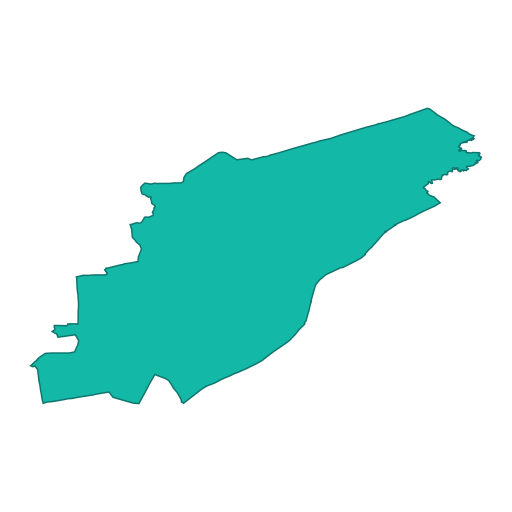 Ilzeskalna pag., Rezeknes, Latvia (Equal Earth projection)
{"feature_id": "27541924B19627708987282", "entity_name": "Ilzeskalna pag.", "entity_type": "district", "adm_level": 2, "iso_a3": "LVA", "parent_name": "Latvia", "parent_adm1": "Rezeknes", "projection": "equal_earth", "projection_center": [27.405, 56.647], "detail": "fine", "context": "isolated", "style": "filled", "palette": "teal", "viewbox_px": 512, "rotation_deg": 0, "n_neighbors": 0, "source": "geoboundaries", "source_scale": "gbopen_adm2", "svg_char_len": 5992}
<svg xmlns="http://www.w3.org/2000/svg" viewBox="0 0 512 512"><path d="M440.2,202.8L434.0,197.0L429.8,195.4L428.4,194.5L428.0,193.6L426.8,193.2L426.8,192.7L427.4,192.3L428.0,191.6L427.7,191.3L426.5,190.6L425.8,189.9L425.7,189.5L424.6,188.5L423.5,187.9L423.5,187.6L423.8,187.0L426.4,185.0L428.4,183.6L428.5,183.3L428.2,182.1L428.6,181.6L429.0,181.6L431.0,183.3L431.7,183.5L432.2,183.3L432.4,182.9L432.3,182.3L431.6,180.6L431.6,180.0L431.9,179.8L434.5,180.0L438.3,178.9L439.9,179.6L441.1,179.3L441.4,179.1L441.7,177.7L441.7,176.3L442.0,175.9L442.9,175.7L443.1,174.8L445.0,174.5L446.4,174.8L447.2,174.7L447.6,174.5L447.5,172.4L447.7,172.2L449.7,171.2L450.2,171.1L451.3,171.2L451.9,171.7L452.4,171.6L452.5,171.4L452.3,168.7L452.5,168.2L452.8,167.9L453.7,167.7L454.0,167.8L454.5,168.4L454.4,168.8L454.0,169.2L454.5,169.4L455.4,169.0L456.5,169.0L456.5,168.9L456.1,168.7L455.5,168.5L455.4,168.3L455.5,168.1L456.7,167.8L457.9,168.1L458.0,168.5L457.8,169.5L458.1,170.6L458.6,171.0L459.6,171.0L459.7,171.4L460.0,171.6L460.6,171.5L460.8,171.2L461.5,170.9L461.7,170.6L460.8,170.3L461.6,169.9L462.1,170.2L462.8,170.0L463.4,170.1L463.6,170.2L463.6,170.7L464.0,170.5L464.2,169.9L464.5,169.9L464.8,170.3L466.2,170.6L468.4,168.9L466.6,167.3L466.4,166.8L466.7,166.5L467.6,166.2L469.4,166.3L472.6,165.6L474.7,164.5L475.0,163.7L476.0,163.6L476.1,163.2L475.5,162.6L475.7,162.4L476.3,162.3L477.2,162.9L477.6,162.8L477.8,162.7L477.7,162.1L476.7,161.1L476.5,160.6L477.0,160.2L477.5,160.3L478.3,160.8L478.9,160.7L480.7,159.3L480.8,158.3L481.3,157.2L480.9,156.8L479.9,156.6L479.7,155.9L478.7,155.9L478.5,155.5L478.6,154.8L479.5,154.2L479.9,153.7L479.7,153.0L479.2,152.7L472.6,152.5L471.0,153.2L469.8,152.7L468.9,152.9L468.2,152.5L467.0,152.8L466.1,152.3L466.0,152.1L466.3,151.2L466.2,150.8L465.8,150.6L461.4,150.5L459.7,151.1L458.7,150.6L458.9,150.3L459.5,150.2L460.2,149.7L460.4,149.4L461.3,149.2L461.2,148.9L461.5,148.7L461.5,148.4L461.1,148.1L459.8,147.9L459.6,147.3L458.6,146.8L458.6,146.4L459.8,145.7L460.0,145.0L460.3,144.6L459.9,144.1L460.1,143.9L461.9,143.0L463.0,142.7L462.9,142.4L463.5,142.0L464.0,142.4L464.3,142.5L465.0,142.3L464.8,142.0L465.3,141.9L465.6,142.4L466.4,142.4L466.8,142.2L467.1,142.0L467.1,141.6L466.9,141.4L466.4,141.4L466.5,141.0L469.0,140.1L469.6,140.3L470.1,139.8L470.4,139.0L470.7,139.0L471.1,139.4L471.2,139.9L471.0,140.2L471.2,140.4L471.6,140.3L472.2,139.4L472.9,139.6L473.2,139.5L472.5,138.8L473.7,138.5L472.9,137.9L473.1,137.8L473.5,136.4L474.0,135.9L469.7,134.2L467.0,132.2L461.5,129.7L458.5,128.0L452.9,125.6L448.4,121.9L444.2,118.7L437.1,114.8L436.1,113.8L429.9,109.1L429.2,108.8L427.1,108.4L411.2,114.0L405.0,116.4L384.7,122.3L383.1,122.6L381.1,123.3L378.9,123.8L378.8,123.6L375.5,124.9L366.0,127.3L340.9,134.9L330.2,138.6L324.2,139.9L321.4,140.7L320.7,140.6L314.9,142.6L314.0,142.6L293.8,148.3L279.3,152.7L271.9,154.7L270.0,155.1L268.9,155.9L266.5,156.5L263.2,156.8L251.5,159.9L247.8,158.3L236.8,159.8L226.0,152.9L222.2,152.2L218.5,152.7L204.7,162.0L198.0,166.3L195.0,168.6L188.4,172.5L187.1,173.1L186.2,173.9L184.0,177.4L183.4,181.5L182.7,182.1L181.0,182.9L172.6,183.0L170.0,183.4L156.0,183.5L154.4,183.2L151.2,184.1L145.0,183.1L142.9,184.8L141.0,186.9L140.8,187.9L140.8,189.3L141.3,190.7L141.1,190.7L141.9,193.6L143.3,194.5L144.8,194.5L145.3,194.8L146.4,196.1L147.6,196.3L148.4,197.2L148.7,197.3L150.4,196.7L151.1,197.1L151.2,197.3L151.0,197.8L150.6,198.1L150.6,198.7L151.7,201.3L151.5,202.8L151.7,203.2L153.7,204.9L154.8,205.4L155.2,206.1L154.7,206.9L154.8,207.1L154.7,207.3L153.9,208.0L154.1,209.7L153.9,210.3L153.7,210.8L152.8,211.3L152.5,212.2L152.5,212.8L153.3,213.7L153.4,214.1L153.3,214.9L152.9,215.4L149.7,216.9L148.0,217.2L145.7,217.0L144.8,217.2L144.3,217.8L143.4,219.6L141.9,221.8L140.9,222.8L140.4,223.0L139.3,223.2L137.1,222.7L136.4,222.7L133.1,223.9L131.7,224.2L131.1,224.8L130.2,224.6L131.7,229.6L132.3,237.3L135.2,240.3L136.3,242.0L139.9,245.1L141.4,248.7L141.0,250.5L138.5,256.6L138.3,257.8L138.1,260.8L137.9,261.6L127.8,263.4L125.1,263.6L122.3,264.7L120.4,264.9L107.3,268.2L106.4,268.0L106.0,268.2L105.6,269.1L105.0,269.6L104.7,269.8L104.9,270.1L105.7,271.1L105.7,271.5L106.4,271.8L106.6,272.5L107.2,272.8L107.1,273.0L107.2,273.3L106.8,273.5L106.7,274.1L106.8,274.3L106.0,274.9L91.8,275.0L88.8,275.4L83.3,275.3L76.4,276.9L76.9,280.4L76.8,280.8L77.2,289.4L78.1,295.7L78.0,296.2L78.5,302.3L78.5,307.8L78.2,310.4L78.1,323.9L68.6,323.9L67.7,324.1L67.6,325.2L66.3,325.8L63.0,325.6L54.3,325.5L54.3,327.3L54.9,328.9L54.7,329.5L53.9,330.5L52.6,331.1L52.1,331.5L55.3,333.4L56.3,333.6L57.5,335.2L57.3,335.5L58.0,337.2L75.2,334.8L76.4,336.6L78.7,340.7L77.6,345.5L75.6,349.5L74.8,351.9L69.2,353.0L51.6,353.0L45.3,353.4L41.2,356.1L38.8,357.9L37.1,359.6L37.4,359.9L34.8,361.8L30.7,365.8L32.8,366.7L34.9,366.0L37.8,369.7L37.9,372.4L38.4,375.6L38.5,375.9L38.5,377.6L39.0,379.5L38.8,379.5L39.2,382.2L39.9,385.0L40.6,390.5L41.3,393.7L41.9,398.3L43.2,403.3L47.2,402.0L51.8,401.6L58.4,400.6L68.3,398.7L72.6,398.4L77.7,397.3L93.9,394.8L94.8,394.4L109.0,392.0L113.0,397.3L133.1,403.1L138.9,403.6L147.9,387.0L148.7,385.2L154.8,374.5L165.8,378.7L167.7,379.8L168.9,380.8L171.3,384.4L173.8,388.6L175.7,390.7L177.2,392.5L178.2,394.2L180.8,398.9L181.3,400.4L181.5,402.1L183.6,403.2L202.0,388.9L206.6,386.1L214.9,382.9L220.9,379.7L225.6,377.5L229.5,376.0L234.6,373.5L237.1,372.7L247.7,368.0L247.5,367.9L251.7,366.0L258.3,362.7L262.4,360.3L267.7,356.0L274.3,351.1L286.7,342.6L290.0,340.0L293.3,336.4L295.3,334.5L298.9,329.8L304.7,324.1L304.5,322.7L306.0,321.0L307.9,313.8L308.9,310.6L310.2,304.8L311.3,301.4L310.9,301.3L315.0,286.7L315.7,284.9L318.9,280.7L320.3,279.3L322.6,277.5L325.8,274.7L340.7,267.7L342.5,267.6L356.1,260.8L361.2,258.0L365.3,254.5L365.0,253.9L370.3,248.1L371.2,247.8L373.0,245.6L378.0,240.1L380.7,236.8L384.0,233.3L385.8,232.0L385.0,231.5L385.9,231.0L386.4,231.5L389.3,229.2L391.3,228.0L393.6,226.3L395.8,224.9L395.3,224.6L404.3,220.4L405.0,220.5L413.7,216.4L418.5,213.7L423.6,211.1L434.6,206.1L440.2,202.8Z" fill="#14b8a6" stroke="#0f766e" stroke-width="1.5"/></svg>